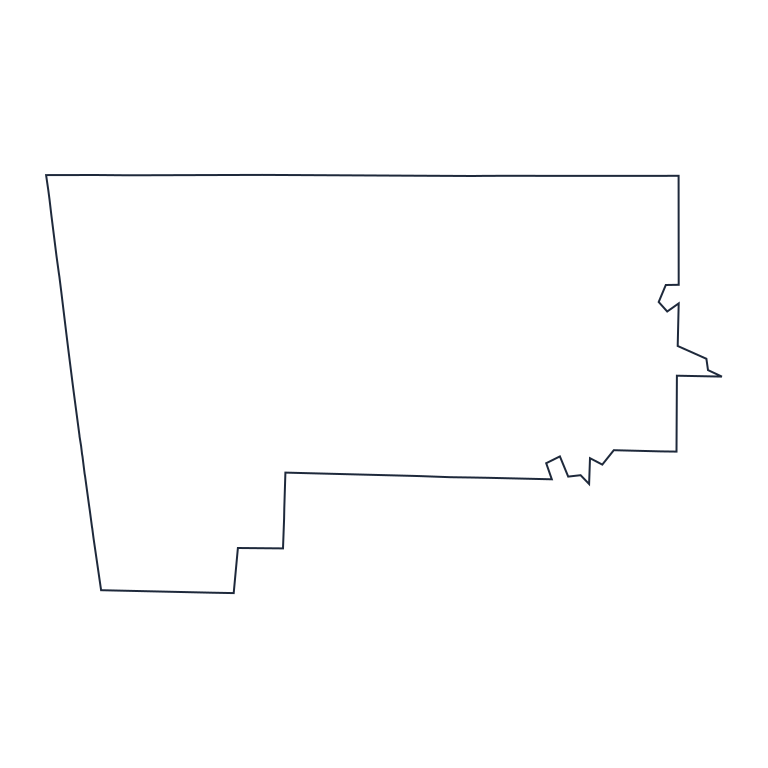 Benton, Arkansas, United States of America (Natural Earth projection)
{"feature_id": "52423323B15242621426255", "entity_name": "Benton", "entity_type": "district", "adm_level": 2, "iso_a3": "USA", "parent_name": "United States of America", "parent_adm1": "Arkansas", "projection": "natural_earth1", "projection_center": [-94.26, 36.3], "detail": "fine", "context": "isolated", "style": "outline", "palette": "slate", "viewbox_px": 768, "rotation_deg": 0, "n_neighbors": 0, "source": "geoboundaries", "source_scale": "gbopen_adm2", "svg_char_len": 1024}
<svg xmlns="http://www.w3.org/2000/svg" viewBox="0 0 768 768"><path d="M46.1,175.1L48.3,190.2L49.5,199.3L51.3,214.7L56.5,256.1L58.9,273.5L59.4,276.8L61.3,292.0L66.6,335.7L68.3,349.5L72.6,383.5L73.8,392.7L79.5,435.7L79.5,436.2L81.1,446.1L81.9,452.8L82.0,453.8L82.5,456.6L84.6,473.6L85.1,476.5L89.0,505.0L89.8,510.5L92.1,527.8L92.2,528.0L93.5,538.0L101.1,590.2L211.9,592.7L233.7,593.1L237.9,548.0L283.0,548.4L284.1,518.6L284.3,507.8L285.4,472.6L304.6,473.1L413.3,475.9L420.1,476.1L450.4,477.2L471.1,477.5L488.0,477.8L551.8,479.3L546.2,463.2L559.9,456.4L568.2,476.6L580.6,475.2L589.1,484.0L590.0,458.2L602.3,464.6L613.8,450.2L661.2,451.4L676.5,451.6L676.9,375.7L721.9,376.6L708.0,370.1L706.4,358.8L677.7,346.0L678.7,303.4L667.2,311.5L658.7,302.0L665.8,285.0L678.7,284.8L678.6,175.8L645.4,175.9L632.2,175.9L600.7,175.9L596.8,175.9L504.6,175.8L501.5,175.8L483.4,175.9L482.0,175.9L473.2,176.0L472.5,176.0L413.6,175.7L339.6,175.3L262.2,174.9L129.0,175.3L95.4,175.0L46.1,175.1Z" fill="none" stroke="#1e293b" stroke-width="2"/></svg>